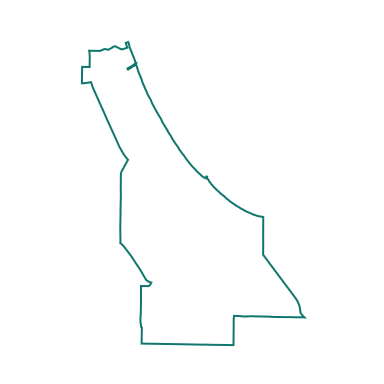 the district of Kingston (Vic.), Victoria, Australia, rotated 172°
{"feature_id": "25037944B58220940224419", "entity_name": "Kingston (Vic.)", "entity_type": "district", "adm_level": 2, "iso_a3": "AUS", "parent_name": "Australia", "parent_adm1": "Victoria", "projection": "albers", "projection_center": [145.1, -38.004], "detail": "fine", "context": "isolated", "style": "outline", "palette": "teal", "viewbox_px": 384, "rotation_deg": 172, "n_neighbors": 0, "source": "geoboundaries", "source_scale": "gbopen_adm2", "svg_char_len": 5991}
<svg xmlns="http://www.w3.org/2000/svg" viewBox="0 0 384 384"><g transform="rotate(172 192 192)"><path d="M124.9,157.4L125.0,157.5L125.4,157.5L126.5,157.8L129.6,158.9L130.4,159.1L130.7,159.3L131.3,159.6L132.0,160.0L132.9,160.4L133.3,160.6L133.6,160.8L134.3,161.0L135.1,161.6L135.7,162.0L138.1,163.5L140.2,164.7L140.5,164.9L141.1,165.3L142.2,166.1L142.9,166.6L143.4,167.0L144.2,167.7L144.5,167.9L144.9,168.1L145.3,168.5L146.3,169.1L146.9,169.7L147.3,170.1L148.3,170.9L148.5,171.1L148.8,171.3L149.9,172.1L150.6,172.8L150.8,173.1L151.6,173.7L151.9,173.9L152.9,174.9L153.2,175.1L154.7,176.5L155.4,177.2L155.5,177.4L156.3,178.0L156.5,178.3L156.6,178.6L156.8,178.8L157.3,179.2L157.5,179.5L158.5,180.5L159.0,180.9L159.4,181.5L159.5,181.7L159.7,181.9L159.8,182.2L160.0,182.4L160.1,182.5L160.4,183.0L160.8,183.3L160.9,183.6L161.2,183.8L161.7,184.2L161.9,184.5L162.1,184.7L162.8,185.4L163.3,185.8L163.6,186.3L164.0,186.6L164.1,187.0L164.3,187.2L164.8,187.7L165.1,188.3L165.4,188.5L165.6,188.7L165.7,188.9L165.9,189.2L166.3,189.7L166.8,190.1L167.2,190.6L167.8,191.4L168.0,191.7L168.1,192.0L168.3,192.2L168.9,192.7L169.4,193.5L169.5,193.8L169.8,194.1L170.0,194.3L170.2,194.6L170.4,194.9L170.6,195.5L170.8,195.8L171.1,196.0L171.3,196.3L171.6,196.8L171.8,197.1L172.0,197.4L172.4,198.4L172.7,199.0L173.3,199.8L173.4,200.1L173.8,200.7L173.9,201.0L173.9,201.3L174.2,202.2L174.6,202.6L174.7,202.9L175.4,203.8L174.9,205.0L175.1,205.1L175.8,203.6L176.0,203.5L176.2,204.0L175.4,205.3L175.6,205.4L176.0,204.7L177.7,204.3L177.8,204.3L178.0,204.4L178.2,204.6L178.4,205.0L178.6,205.2L178.9,205.4L179.1,205.6L180.2,206.7L180.6,207.2L181.2,208.0L181.6,208.5L182.6,209.7L183.0,210.2L183.2,210.4L183.8,211.2L184.4,212.0L184.6,212.2L184.8,212.4L185.4,213.6L185.6,213.9L186.6,215.1L187.0,215.7L187.6,216.4L187.8,216.7L188.1,217.2L188.5,217.8L188.6,218.1L189.0,218.6L189.3,219.1L189.6,219.7L189.9,220.0L190.2,220.5L190.4,220.8L190.7,221.4L190.9,221.6L191.2,222.2L191.3,222.5L191.5,222.8L191.8,223.4L192.3,224.2L192.5,224.4L192.9,225.0L193.4,226.2L193.9,227.1L194.1,227.4L194.2,227.7L194.6,228.6L194.9,229.2L195.2,229.8L195.4,230.0L195.8,230.6L196.1,231.1L196.4,231.7L197.0,232.9L197.5,233.8L198.0,234.6L198.1,234.9L198.3,235.2L198.6,235.8L198.8,236.4L199.1,237.0L199.2,237.4L199.5,238.3L199.9,238.9L200.3,239.8L200.8,240.7L201.3,241.6L201.4,241.8L201.6,242.1L201.8,242.4L202.3,243.7L202.7,244.6L203.0,245.1L203.2,245.3L203.5,246.3L203.9,246.9L204.1,247.5L204.2,247.9L204.6,248.8L204.7,249.1L204.9,249.8L205.2,250.5L205.3,250.8L205.4,251.1L205.8,251.7L206.3,252.5L206.4,252.8L206.7,253.8L207.1,254.4L207.2,254.7L207.4,255.0L207.5,255.7L207.8,256.3L207.9,256.7L208.0,257.0L208.4,258.0L209.0,259.2L209.8,261.1L210.0,261.7L210.1,262.1L210.5,262.6L211.4,264.9L211.7,265.5L212.0,266.9L212.3,267.5L212.4,268.3L212.6,269.0L212.8,269.3L213.2,270.1L213.6,271.1L214.0,272.0L214.4,273.0L214.7,273.6L214.8,273.9L215.0,274.6L215.2,274.9L215.4,275.2L215.6,275.8L215.8,276.5L215.9,276.8L216.2,277.5L216.4,278.1L217.2,280.0L217.5,281.0L217.8,281.7L218.0,282.3L218.3,283.0L218.4,283.3L218.6,283.9L218.9,284.5L219.0,284.8L219.1,285.2L219.3,285.9L219.5,286.6L219.6,287.3L219.7,287.7L219.8,288.1L219.9,288.4L220.1,289.1L220.4,289.7L220.6,290.4L221.1,291.7L221.4,292.3L221.5,292.6L222.0,293.9L222.1,294.3L222.4,294.9L222.7,296.0L222.8,297.0L222.9,297.4L223.1,298.0L223.4,299.1L223.9,300.4L224.1,301.1L224.3,301.8L224.2,302.1L224.4,302.8L224.6,303.2L224.6,303.5L225.0,304.5L225.2,305.2L225.4,305.9L225.5,306.3L225.8,307.8L226.0,308.5L226.1,308.9L226.1,309.4L226.2,309.8L226.2,310.2L226.2,310.6L226.3,311.0L226.6,311.7L226.6,312.1L226.7,312.4L226.9,313.1L227.2,314.7L227.6,315.6L227.9,316.7L228.3,318.2L228.5,319.8L228.6,320.2L228.6,320.6L228.8,321.3L228.9,322.2L229.1,323.7L229.3,324.5L229.4,324.8L229.5,325.2L229.8,325.7L229.8,325.9L229.6,326.0L229.5,326.4L230.9,325.3L232.7,324.8L234.5,323.8L237.8,322.5L238.1,322.3L238.3,322.2L238.7,323.3L236.0,324.4L235.6,324.5L234.8,324.6L234.2,324.9L233.5,325.5L232.2,325.9L231.3,326.6L230.9,326.8L230.4,326.9L230.1,327.0L229.9,327.3L229.8,328.1L229.9,328.4L230.1,328.6L230.3,329.4L230.2,329.9L230.3,330.3L230.5,331.0L230.5,331.4L230.7,332.1L230.7,332.5L231.0,333.6L231.4,334.7L231.5,335.4L231.8,336.5L232.0,337.2L232.1,338.0L232.3,338.7L232.5,339.4L232.6,339.8L232.7,340.1L232.8,340.5L233.0,341.7L233.2,342.4L233.5,343.5L233.6,343.9L233.7,344.7L233.7,345.1L233.8,347.3L233.8,347.7L234.2,348.7L234.4,349.4L236.9,348.9L236.0,343.9L240.8,343.0L241.4,343.3L241.7,343.1L241.9,343.1L242.3,343.2L247.6,346.9L248.2,347.1L248.9,347.0L251.0,346.1L251.7,345.8L255.1,344.5L258.7,345.8L263.2,344.5L272.5,345.9L272.8,346.0L273.4,346.2L274.2,346.3L274.1,344.5L274.4,340.4L276.0,330.0L283.4,331.2L285.9,315.0L284.3,314.7L276.7,314.8L276.0,310.9L275.4,308.3L271.9,296.2L271.4,294.4L267.6,281.3L266.3,276.5L259.3,252.8L257.5,246.5L255.4,241.3L253.7,237.4L250.9,232.8L256.8,224.9L258.8,222.3L259.9,219.9L262.2,204.5L262.2,204.0L263.0,198.0L265.4,183.5L265.7,181.0L268.2,165.3L269.6,153.9L270.1,151.2L269.7,151.0L269.4,150.8L269.1,150.4L267.4,148.1L266.8,147.1L266.1,145.9L265.5,144.8L264.8,143.5L263.5,141.2L262.6,139.7L261.2,137.2L260.3,135.3L258.6,131.6L257.3,128.9L253.7,121.3L250.3,112.8L249.7,111.6L248.7,110.3L247.4,109.3L245.7,108.3L244.9,108.0L245.6,107.0L246.0,106.4L246.2,106.0L246.7,105.6L247.2,105.3L247.7,105.1L248.5,104.9L255.7,106.0L256.5,99.4L257.7,91.0L259.4,80.3L259.7,78.4L259.9,77.8L260.1,76.8L260.9,72.2L261.1,70.5L261.1,70.1L261.1,69.2L261.1,68.4L261.1,65.4L260.5,64.9L263.0,48.9L243.9,45.9L226.7,43.2L204.3,39.6L200.4,39.1L195.4,38.2L176.6,35.3L172.3,34.6L172.0,36.2L170.4,46.6L168.4,60.2L168.1,61.6L167.7,63.4L165.8,63.2L163.1,62.7L158.3,61.6L154.9,61.1L150.9,60.8L146.5,60.0L132.7,57.8L129.7,57.1L116.3,55.0L111.4,54.3L106.8,53.5L99.1,52.4L98.1,52.2L99.0,53.4L99.7,54.1L101.1,56.8L101.4,57.3L101.3,59.5L101.3,62.9L101.6,64.8L102.0,66.5L102.6,68.7L103.3,70.6L104.4,72.8L118.7,98.8L124.3,109.0L130.3,120.0L128.9,129.4L126.9,143.8L124.9,157.4Z" fill="none" stroke="#0f766e" stroke-width="2"/></g></svg>